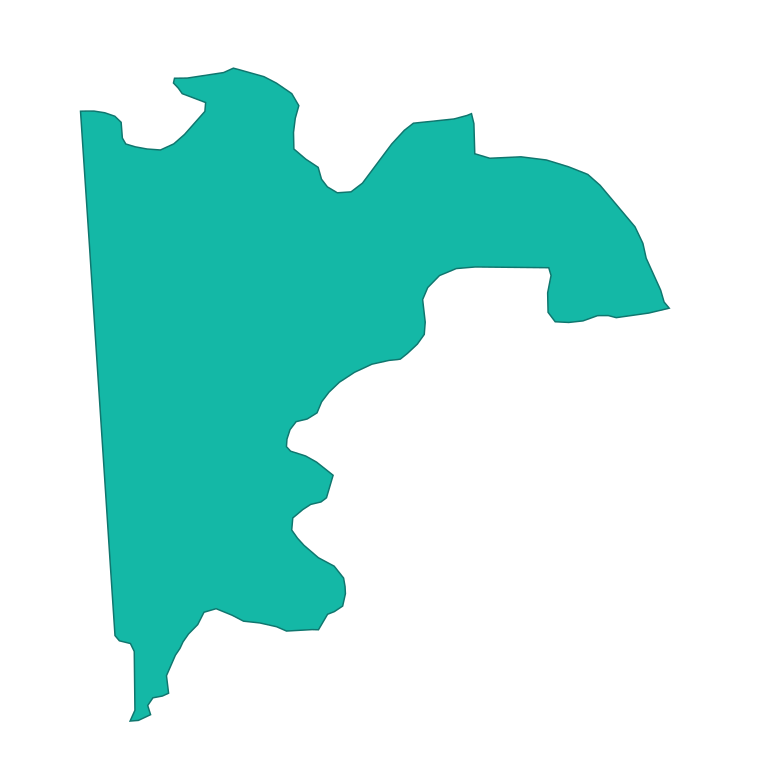 Sissili, Equal Earth projection, rotated 87°
{"feature_id": "BFA-2820", "entity_name": "Sissili", "entity_type": "Province", "adm_level": 1, "iso_a3": "BFA", "parent_name": "Burkina Faso", "parent_adm1": "", "projection": "equal_earth", "projection_center": [-2.182, 11.448], "detail": "fine", "context": "isolated", "style": "filled", "palette": "teal", "viewbox_px": 768, "rotation_deg": 87, "n_neighbors": 0, "source": "natural_earth", "source_scale": "10m", "svg_char_len": 1904}
<svg xmlns="http://www.w3.org/2000/svg" viewBox="0 0 768 768"><g transform="rotate(87 384 384)"><path d="M707.3,655.2L702.6,652.8L696.8,649.8L638.0,647.4L629.9,650.8L626.6,661.7L621.2,665.8L548.9,666.8L447.2,668.1L342.6,669.5L230.1,670.9L139.3,672.2L95.7,672.8L95.7,672.7L95.9,666.2L96.3,659.2L98.5,648.7L102.5,638.8L108.9,632.8L124.7,632.4L130.8,629.3L134.1,620.1L136.9,608.4L138.6,595.0L133.2,581.4L124.3,570.1L102.4,548.6L93.6,547.4L83.5,570.3L77.7,574.0L72.4,578.5L67.7,577.2L68.2,564.5L64.6,527.9L60.7,517.9L62.6,512.0L70.8,487.8L77.9,475.7L89.2,460.9L101.6,454.5L114.0,458.7L128.0,461.2L144.6,461.7L155.4,450.3L164.2,438.4L176.2,435.7L184.2,430.2L190.6,420.6L190.4,406.9L182.3,395.0L144.8,363.8L131.7,350.4L125.1,341.0L123.0,300.4L120.2,287.1L118.6,282.5L128.7,280.6L158.8,281.3L164.1,266.5L164.3,235.3L168.8,210.1L176.9,188.0L185.4,169.5L196.9,157.8L240.2,125.1L257.1,118.1L272.1,115.6L304.8,102.8L316.8,100.0L323.2,95.2L327.0,115.8L329.9,148.6L327.4,156.4L326.9,167.1L331.4,182.0L332.2,196.3L330.8,209.8L321.0,216.4L301.5,215.8L284.4,211.5L276.5,213.4L271.9,286.5L272.5,305.8L278.6,322.9L290.0,335.3L301.7,341.0L324.4,339.6L336.6,341.2L345.9,348.6L354.6,358.9L360.0,366.4L360.3,369.3L360.7,377.8L363.6,395.1L370.8,412.9L379.9,428.5L389.4,439.5L398.5,447.2L409.3,452.4L414.9,462.5L417.0,473.7L424.6,480.2L434.0,483.8L441.5,484.7L446.2,480.8L451.8,466.0L458.5,455.4L472.5,439.6L494.6,447.4L498.5,453.1L500.4,463.5L505.1,471.6L513.0,482.1L525.0,483.8L533.4,478.5L540.9,472.4L554.0,458.7L563.3,443.3L575.7,434.5L584.2,433.5L591.4,433.5L603.6,436.9L608.7,445.5L611.0,452.4L626.0,462.3L625.5,468.7L625.6,494.3L620.8,503.9L616.1,520.6L613.5,536.7L606.9,547.9L599.6,563.4L602.5,575.7L614.5,582.6L623.4,592.3L631.0,598.2L637.4,601.6L643.9,606.5L663.9,616.5L681.5,615.3L684.0,621.6L685.3,631.2L692.7,636.8L702.0,634.4L707.1,646.9L707.3,655.2Z" fill="#14b8a6" stroke="#0f766e" stroke-width="1.5"/></g></svg>